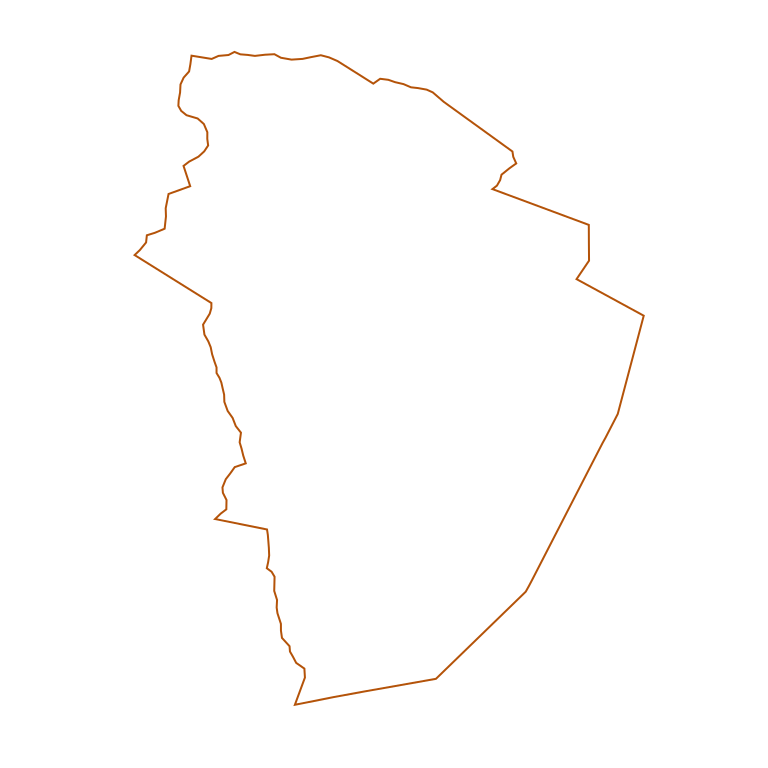 the district of Taperoá, Paraíba, Brazil, rotated 273°
{"feature_id": "56859067B95822508196580", "entity_name": "Taperoá", "entity_type": "district", "adm_level": 2, "iso_a3": "BRA", "parent_name": "Brazil", "parent_adm1": "Paraíba", "projection": "equal_earth", "projection_center": [-36.808, -7.22], "detail": "fine", "context": "isolated", "style": "outline", "palette": "amber", "viewbox_px": 768, "rotation_deg": 273, "n_neighbors": 0, "source": "geoboundaries", "source_scale": "gbopen_adm2", "svg_char_len": 1791}
<svg xmlns="http://www.w3.org/2000/svg" viewBox="0 0 768 768"><g transform="rotate(273 384 384)"><path d="M86.7,320.4L59.0,311.8L68.7,350.1L75.9,380.4L92.3,451.3L184.0,536.4L189.9,539.3L195.5,541.9L315.1,595.7L336.6,605.4L341.9,608.0L366.3,619.0L465.8,639.8L498.8,570.8L517.9,582.3L536.1,581.2L553.6,580.2L584.3,482.1L588.0,486.4L593.7,489.3L599.2,490.4L606.0,498.0L611.2,504.5L617.6,501.2L622.9,500.1L668.9,428.9L673.7,422.7L677.8,417.4L680.2,411.2L681.3,402.4L681.7,395.4L684.5,387.8L686.0,379.3L688.0,372.4L688.6,364.2L683.4,357.6L704.1,320.6L707.3,312.0L709.0,303.7L706.5,293.6L704.4,285.7L703.1,274.7L704.4,264.0L707.6,257.3L706.6,248.0L704.9,237.9L705.5,230.5L705.7,223.3L707.8,217.3L704.4,211.5L703.0,201.6L699.6,194.9L701.8,174.6L693.1,173.9L685.9,173.0L679.5,167.9L672.5,165.1L664.4,165.1L656.6,164.1L651.0,164.1L646.1,167.2L642.1,172.7L639.4,184.0L634.2,190.5L626.2,194.4L619.5,194.7L613.0,195.9L606.9,192.3L601.3,186.8L595.9,177.8L591.3,172.4L571.4,180.1L562.5,158.9L548.1,156.8L539.9,157.5L527.6,156.8L523.0,147.3L520.1,139.4L512.9,139.0L505.0,133.2L499.7,128.2L455.8,207.4L450.7,207.6L445.1,206.3L433.8,200.2L423.9,202.1L417.4,206.3L411.7,209.0L404.7,210.8L397.3,213.6L391.8,215.9L386.2,216.2L381.5,219.4L376.9,221.5L371.2,223.1L365.0,224.9L357.8,225.5L348.9,229.3L342.2,234.6L334.2,238.2L327.9,243.7L318.2,242.9L312.1,245.1L305.1,247.2L297.5,250.1L293.2,239.3L286.3,234.9L280.7,231.0L272.3,228.1L266.9,228.8L259.9,232.8L250.6,233.1L246.0,227.7L240.3,222.4L232.6,274.8L227.2,275.9L214.3,277.6L206.7,278.3L199.8,277.6L193.9,276.6L190.6,281.6L185.8,284.8L179.1,285.0L171.6,285.2L162.7,288.5L155.2,288.5L149.5,289.6L139.1,293.6L132.3,294.0L125.1,295.4L117.2,303.4L111.9,304.1L106.8,307.4L100.9,310.9L95.6,319.4L86.7,320.4Z" fill="none" stroke="#b45309" stroke-width="2"/></g></svg>